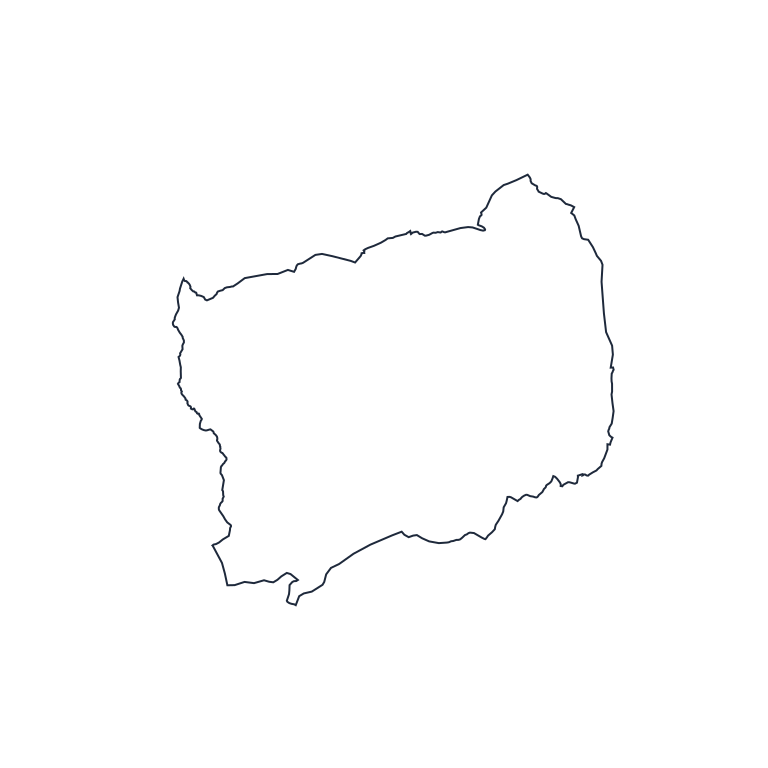 outline of Vama, Suceava, Romania, rotated 36°
{"feature_id": "2599482B26508279018163", "entity_name": "Vama", "entity_type": "district", "adm_level": 2, "iso_a3": "ROU", "parent_name": "Romania", "parent_adm1": "Suceava", "projection": "albers", "projection_center": [25.697, 47.569], "detail": "fine", "context": "isolated", "style": "outline", "palette": "slate", "viewbox_px": 768, "rotation_deg": 36, "n_neighbors": 0, "source": "geoboundaries", "source_scale": "gbopen_adm2", "svg_char_len": 6165}
<svg xmlns="http://www.w3.org/2000/svg" viewBox="0 0 768 768"><g transform="rotate(36 384 384)"><path d="M442.6,614.8L440.1,605.5L442.2,600.6L447.6,594.4L452.3,582.6L452.0,579.3L449.1,572.0L449.2,563.9L453.5,556.0L459.1,539.3L467.4,522.0L479.6,501.6L485.1,493.1L489.1,494.0L494.0,493.4L496.7,489.5L499.4,486.9L505.5,486.4L513.0,484.8L521.9,480.5L528.1,475.3L529.5,473.9L530.7,471.8L532.3,470.3L533.9,468.0L534.5,467.3L535.6,466.6L536.7,465.3L537.0,464.7L537.6,462.4L538.3,458.6L539.4,457.0L540.0,455.0L540.9,453.7L544.4,451.7L553.3,450.8L556.4,450.3L557.3,449.9L557.4,447.6L557.3,445.5L558.5,440.5L559.0,436.4L557.9,434.1L557.2,432.2L557.0,427.4L556.1,420.0L555.4,417.1L553.3,413.4L552.8,408.7L551.9,406.4L550.3,402.8L551.9,401.5L553.3,401.0L560.9,400.2L561.2,398.5L562.0,396.7L562.0,395.5L562.2,394.1L563.0,391.9L564.0,390.2L565.0,389.5L568.2,388.8L570.9,387.4L572.7,386.9L574.0,386.2L574.4,385.6L574.6,384.7L574.5,382.8L575.6,378.4L575.3,375.9L575.1,375.2L575.5,372.7L575.4,372.1L574.9,370.9L575.1,369.8L576.2,367.0L576.6,364.6L576.5,364.0L575.8,361.1L575.4,360.0L575.1,359.0L577.0,358.5L579.7,358.9L584.1,360.2L585.6,361.0L586.2,361.6L586.9,362.7L588.4,361.9L588.3,360.8L588.5,359.8L590.6,355.3L591.9,354.4L596.4,352.8L597.1,352.4L598.1,350.4L595.7,345.4L594.7,344.2L594.9,344.0L597.6,340.2L598.0,340.1L598.3,340.4L598.5,341.1L598.7,340.8L598.8,340.1L599.4,339.3L599.9,339.0L601.6,338.9L602.3,338.6L603.1,338.0L603.2,336.9L604.9,332.7L606.7,329.1L606.9,327.2L608.0,322.5L606.8,320.5L606.3,318.8L605.8,314.7L603.3,305.7L600.2,301.4L602.5,300.2L601.6,298.1L600.4,293.1L598.7,293.3L596.4,293.0L593.2,290.5L592.6,288.7L592.5,287.8L591.8,286.4L591.5,282.2L588.9,277.0L585.7,271.0L580.2,265.3L574.2,258.7L573.0,256.1L568.4,249.8L566.6,248.1L564.7,245.7L562.1,241.7L562.0,240.4L561.5,238.7L561.4,237.5L559.6,236.0L557.8,237.5L551.9,225.7L546.0,218.9L533.2,211.5L520.4,197.6L499.9,173.4L490.7,159.1L487.2,156.8L480.9,155.2L478.6,153.8L472.6,150.5L464.4,147.3L460.6,149.3L458.6,149.7L456.7,148.7L448.5,141.6L442.2,138.0L438.9,135.8L434.9,135.6L433.9,129.1L430.3,129.6L428.5,130.2L427.9,130.5L426.9,130.7L425.3,131.4L418.5,130.5L415.3,131.5L413.6,132.7L409.3,134.3L403.2,134.3L402.7,134.4L402.3,135.7L401.6,136.3L400.4,136.7L396.0,137.5L395.4,137.1L393.3,136.3L392.7,135.6L392.2,134.6L391.5,134.1L390.9,134.0L389.8,134.4L385.5,134.8L383.3,133.6L382.2,132.1L380.6,131.2L377.2,130.2L371.3,141.2L366.4,149.2L363.9,152.7L361.0,162.8L360.4,168.0L363.1,181.2L361.7,188.2L363.2,189.4L363.6,190.2L363.1,192.0L363.8,194.7L366.3,200.0L367.3,199.9L370.4,199.0L373.0,198.8L374.9,199.5L375.2,200.3L374.0,201.7L371.5,202.8L367.9,203.9L363.6,205.3L359.8,207.6L354.2,212.9L344.3,225.4L343.5,225.8L341.5,226.3L341.1,226.8L340.9,227.9L340.7,228.2L338.2,229.5L336.9,231.3L335.0,232.5L334.4,233.4L332.8,236.8L330.7,239.4L329.8,240.0L326.6,240.2L324.8,241.7L324.2,241.7L321.8,241.1L320.4,242.0L318.2,244.7L317.7,246.9L317.3,246.7L315.9,245.2L315.3,244.8L314.9,246.1L313.8,248.6L313.8,249.5L306.5,258.0L305.3,260.6L301.4,264.0L300.6,266.6L298.5,271.4L297.2,273.7L294.6,278.2L291.1,283.3L289.6,286.0L289.0,287.8L290.0,288.0L290.1,288.6L291.0,289.6L290.0,290.3L289.0,291.4L289.5,292.2L289.9,294.2L289.2,302.7L284.6,304.0L267.2,310.9L257.4,315.2L252.6,319.9L247.3,333.5L246.4,334.9L245.3,336.0L243.9,337.8L243.8,339.5L244.3,341.3L244.9,342.6L245.3,346.1L239.2,348.2L233.2,357.6L224.9,363.7L209.1,380.2L206.5,388.6L204.5,393.9L203.6,394.5L202.4,396.0L200.1,398.1L198.8,400.0L198.3,402.9L196.6,404.9L195.2,406.9L195.3,408.4L195.7,409.7L195.2,412.0L195.0,414.8L191.6,420.4L189.7,420.8L187.1,419.6L184.3,420.2L181.9,421.2L180.6,422.2L178.4,420.5L177.5,420.9L176.1,420.7L175.3,421.2L173.2,421.0L170.9,420.4L170.3,419.1L168.6,418.0L167.3,417.5L165.7,417.2L165.4,417.4L164.4,417.0L163.5,417.0L162.5,417.7L161.9,417.7L161.2,417.4L160.0,416.6L160.3,418.1L160.5,419.5L162.9,426.8L164.0,429.0L165.9,435.1L169.4,439.0L173.3,442.8L174.3,445.6L174.8,449.9L175.4,452.2L175.9,453.7L176.7,454.6L176.9,458.0L177.4,458.9L178.6,460.1L180.5,460.8L181.3,460.7L182.4,459.9L183.4,459.9L184.4,460.4L185.4,461.1L188.6,462.5L191.0,463.2L193.4,464.2L194.0,465.0L196.5,466.4L197.7,468.0L198.0,470.3L198.4,471.6L200.6,474.3L201.0,479.0L202.0,480.0L202.3,481.1L201.9,482.9L204.7,485.2L207.8,488.2L209.8,489.9L212.1,493.2L216.1,498.4L216.2,499.1L216.0,499.8L216.2,500.6L217.5,502.7L217.1,503.6L217.2,505.0L219.9,506.2L220.7,506.8L221.3,507.0L222.1,507.0L222.9,507.6L223.5,508.4L224.0,508.7L224.8,508.8L225.2,510.2L225.9,510.8L227.4,511.3L229.4,511.6L231.9,512.4L232.7,513.3L234.1,513.2L234.9,513.4L235.5,513.8L235.9,514.4L236.1,515.0L237.8,516.1L238.6,516.3L240.2,515.9L240.9,515.9L241.6,516.4L242.2,517.4L243.7,517.2L244.2,516.9L244.4,516.7L244.4,515.9L244.6,515.6L245.0,515.5L247.5,517.0L248.9,516.9L250.0,517.6L250.9,517.5L251.5,516.8L252.0,516.9L253.0,517.8L257.1,519.3L257.4,520.1L257.4,521.4L258.5,524.5L260.7,527.8L261.3,527.9L263.4,527.7L265.3,527.2L266.9,526.5L267.8,525.8L269.7,523.3L270.3,522.7L273.8,522.8L274.5,523.2L275.2,523.9L277.7,524.1L279.7,524.7L280.8,525.6L281.6,526.6L281.8,527.5L282.2,528.0L284.8,529.0L286.5,529.4L287.1,529.8L287.7,530.6L288.4,530.9L288.6,531.4L289.5,532.1L289.8,532.7L290.3,533.9L291.0,534.7L291.7,535.0L293.0,535.1L293.7,534.8L294.7,535.0L295.6,535.4L296.8,535.6L297.7,536.0L299.8,536.3L300.9,537.5L301.1,538.3L301.1,539.1L300.9,539.8L301.2,541.8L300.8,543.5L300.9,545.3L300.7,545.8L300.9,547.1L303.9,552.0L304.5,552.5L306.5,553.0L311.0,555.9L315.5,564.9L316.0,565.0L316.9,565.5L319.3,568.5L320.5,569.3L320.9,571.7L322.2,573.5L322.2,574.6L321.9,576.2L322.0,577.4L322.5,578.6L322.8,580.6L323.2,581.4L324.3,582.7L325.1,583.1L331.7,585.4L334.9,586.9L338.5,588.1L342.6,588.2L343.3,588.4L343.9,589.1L344.1,590.7L344.3,591.2L345.3,592.8L347.7,598.1L345.0,604.4L343.7,609.2L342.2,612.2L340.5,614.1L340.2,615.4L340.3,615.4L358.1,624.0L366.7,630.9L375.6,638.9L381.4,634.5L387.5,626.1L395.9,621.5L402.3,613.3L407.3,611.5L411.0,609.5L412.9,605.0L414.0,600.0L416.4,594.0L420.1,592.7L429.5,593.2L428.8,595.0L427.0,596.5L426.2,598.1L425.8,602.2L428.9,606.8L430.7,609.9L432.8,616.5L433.9,617.0L436.2,616.9L438.4,616.2L440.9,615.0L442.6,614.8Z" fill="none" stroke="#1e293b" stroke-width="2"/></g></svg>